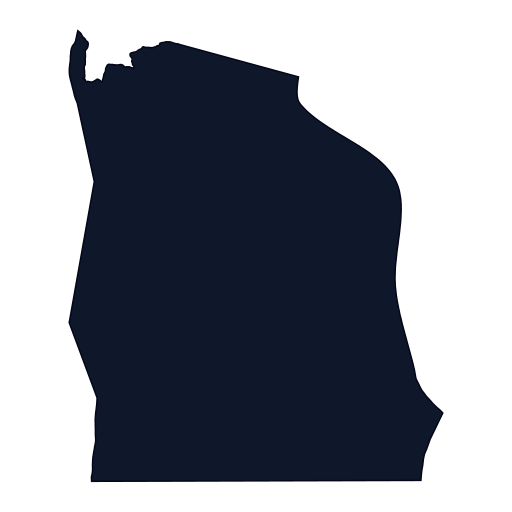 outline of Famatina, La Rioja, Argentina
{"feature_id": "61730980B89547050111737", "entity_name": "Famatina", "entity_type": "district", "adm_level": 2, "iso_a3": "ARG", "parent_name": "Argentina", "parent_adm1": "La Rioja", "projection": "robinson", "projection_center": [-67.626, -28.654], "detail": "fine", "context": "isolated", "style": "filled", "palette": "ink", "viewbox_px": 512, "rotation_deg": 0, "n_neighbors": 0, "source": "geoboundaries", "source_scale": "gbopen_adm2", "svg_char_len": 5211}
<svg xmlns="http://www.w3.org/2000/svg" viewBox="0 0 512 512"><path d="M77.8,30.7L77.4,32.5L76.2,38.1L75.4,41.6L74.1,43.9L72.5,45.9L71.5,48.4L70.9,50.9L70.7,53.6L70.4,56.3L70.4,58.9L70.2,61.6L69.8,64.2L69.5,66.9L69.3,69.5L69.3,72.2L69.5,74.9L70.0,77.5L70.6,80.1L71.3,82.7L72.0,85.2L72.0,85.5L72.6,87.8L73.3,90.4L73.9,93.0L74.5,95.6L75.3,98.1L76.3,100.6L77.3,103.1L80.2,116.5L83.3,131.0L85.2,139.6L94.3,181.6L69.2,322.7L70.9,327.2L94.2,390.0L97.1,397.9L96.9,401.9L96.7,404.6L96.4,407.2L96.1,409.9L95.7,412.5L95.5,415.2L95.3,417.9L95.2,420.5L95.3,423.2L95.3,425.9L95.4,428.5L95.4,431.2L95.4,433.9L95.5,436.5L95.7,439.2L95.6,441.8L95.1,444.5L94.6,447.1L94.2,449.7L93.7,452.4L93.3,455.0L92.9,457.6L92.7,460.3L92.6,463.0L92.5,465.6L92.6,468.3L92.5,471.0L92.2,473.6L91.4,477.1L91.6,481.3L420.9,480.4L421.1,477.7L421.3,475.1L421.6,472.4L421.9,469.8L422.4,467.1L422.8,464.5L423.1,461.9L423.4,459.2L423.9,456.6L424.5,454.0L425.5,451.6L426.6,449.1L427.5,446.6L428.4,444.1L429.3,441.6L430.2,439.1L442.8,413.0L439.9,410.0L436.5,407.1L432.8,403.5L430.8,401.1L428.6,398.7L426.4,396.4L424.6,393.9L422.0,390.6L420.1,387.1L418.5,383.7L417.2,381.2L415.9,378.4L414.4,369.8L413.3,365.3L412.7,362.7L412.0,360.1L411.3,357.5L410.6,354.9L409.9,352.3L409.2,349.7L408.5,347.2L407.8,344.6L407.1,342.0L406.4,339.4L405.7,336.8L405.0,334.3L404.3,331.7L403.6,329.1L402.8,326.1L402.2,323.9L401.6,321.3L401.0,318.7L400.3,316.1L399.7,313.6L399.2,310.9L398.6,308.3L398.1,305.7L397.6,303.1L397.1,300.5L396.7,297.9L396.3,295.3L396.0,292.7L395.7,290.0L395.4,287.4L395.2,284.7L395.1,282.0L395.0,279.3L395.0,276.6L395.1,273.8L395.2,271.1L395.3,268.3L395.5,265.4L395.8,262.6L396.1,259.8L396.4,256.9L396.7,254.1L397.0,251.2L397.4,248.4L397.8,245.5L398.2,242.7L398.5,239.8L398.9,237.0L399.3,234.1L399.6,231.3L399.9,228.5L400.2,225.7L400.5,222.9L400.7,220.2L400.9,217.5L401.0,214.7L401.1,212.1L401.2,209.4L401.1,206.8L401.1,204.2L400.9,201.6L400.7,199.1L400.3,196.6L399.9,194.2L399.5,191.8L398.9,189.4L398.2,187.1L397.4,184.9L396.5,182.7L395.5,180.5L394.4,178.4L393.1,176.4L391.8,174.4L390.4,172.4L388.9,170.5L387.3,168.7L385.7,166.8L384.0,165.1L382.2,163.3L380.3,161.6L378.4,159.9L376.4,158.3L374.3,156.7L372.2,155.1L370.1,153.5L367.9,151.9L365.7,150.4L363.4,148.9L361.1,147.4L358.8,145.9L356.5,144.5L354.1,143.0L351.7,141.6L349.3,140.1L346.9,138.7L344.5,137.2L342.1,135.8L339.7,134.4L337.3,132.9L335.0,131.5L332.6,130.0L332.2,129.7L330.2,128.5L327.9,127.0L325.6,125.5L323.4,124.0L321.1,122.5L318.9,120.9L316.8,119.4L314.7,117.8L313.9,117.1L312.6,116.1L310.7,114.5L308.7,112.8L306.8,111.1L305.0,109.3L303.3,107.5L301.6,105.7L300.1,103.8L298.8,101.8L297.9,99.5L297.4,97.1L297.1,94.6L297.0,91.9L297.1,89.9L297.1,89.1L297.3,86.3L297.6,83.4L298.0,80.4L298.4,77.5L298.5,76.9L179.7,44.5L178.8,44.1L178.3,44.1L177.2,43.6L176.7,43.8L175.7,43.8L175.4,43.6L175.0,43.4L174.2,43.1L173.4,43.1L172.9,42.8L172.0,42.4L170.7,42.1L170.2,42.0L169.8,41.8L169.0,41.8L167.9,41.8L167.2,41.8L165.7,41.8L164.4,42.3L163.4,42.4L162.7,42.5L161.5,42.7L160.9,42.9L159.8,43.4L159.8,44.3L159.5,45.0L159.0,45.4L157.5,45.7L156.9,45.9L155.5,46.9L154.1,47.0L153.5,47.5L152.6,47.6L150.5,47.6L149.3,47.6L148.8,47.3L147.9,47.8L147.1,47.3L145.0,47.4L144.1,46.9L143.4,46.8L142.7,46.9L141.8,48.1L141.4,48.9L140.3,49.1L139.2,49.6L137.9,50.4L137.2,51.1L135.4,52.0L135.0,52.0L134.4,52.1L133.9,52.1L133.4,52.4L132.6,52.5L131.8,52.7L131.3,52.9L130.8,53.1L130.2,53.6L130.0,54.6L130.1,55.7L130.4,56.1L130.5,56.5L130.9,56.9L131.3,57.4L131.8,58.1L132.2,58.5L132.2,59.7L131.7,60.8L131.7,61.2L131.9,62.1L132.2,62.6L132.4,63.3L132.4,64.1L132.6,64.8L133.2,65.4L133.3,65.6L134.0,66.5L134.0,67.1L133.8,67.5L133.4,67.9L133.1,67.9L132.9,68.0L132.5,68.0L132.2,67.8L130.4,67.3L130.1,67.1L129.7,66.9L128.8,66.8L127.2,66.8L126.2,66.7L125.9,66.9L125.2,67.4L124.5,66.9L124.3,66.7L123.8,65.9L123.2,65.4L122.1,64.8L121.1,64.5L120.0,64.6L118.7,64.9L117.9,64.9L116.6,65.0L115.1,64.8L114.3,64.7L113.5,65.0L112.5,64.4L112.4,64.4L111.8,64.6L111.3,64.5L110.7,64.5L110.3,64.4L110.0,64.4L109.5,64.3L108.7,64.3L108.2,64.5L107.0,65.4L107.0,65.6L106.7,66.4L106.6,66.5L106.3,67.0L105.6,68.7L105.6,69.9L105.3,71.4L104.8,72.5L104.6,73.0L103.9,74.2L103.6,76.1L103.4,76.9L103.1,78.3L102.7,79.4L102.5,80.6L101.9,81.9L100.8,81.2L99.7,80.2L99.1,79.8L98.2,79.3L97.6,79.2L97.0,79.3L96.4,79.5L95.6,80.3L94.8,80.7L93.8,81.3L93.2,81.6L92.5,81.9L92.3,81.9L91.7,82.1L91.1,82.0L90.5,81.9L89.7,81.8L88.5,81.5L88.3,81.5L87.9,81.4L87.5,81.4L86.4,81.4L85.8,81.2L85.5,80.9L85.3,80.5L85.2,80.1L85.1,79.6L85.0,79.3L84.8,79.1L84.3,78.9L83.9,78.7L83.2,79.0L82.7,79.0L82.7,78.9L83.0,78.4L83.3,78.3L83.5,78.2L83.8,78.0L84.2,77.9L84.5,77.6L84.7,77.3L84.7,77.1L84.8,75.7L84.7,74.2L84.5,73.5L84.6,71.8L84.5,70.8L84.3,69.3L84.3,69.2L84.2,67.6L84.3,66.6L84.9,65.1L85.2,64.7L85.2,63.6L85.3,62.1L85.3,60.1L85.2,59.4L85.3,57.8L85.5,56.9L85.5,56.7L85.4,55.8L85.5,54.7L85.3,53.7L85.3,53.1L85.3,52.9L85.3,52.0L85.3,51.7L85.3,50.6L85.6,50.3L85.8,50.0L86.2,49.4L86.4,49.2L87.0,48.5L87.2,48.2L87.6,47.6L87.7,46.9L87.9,46.4L87.9,46.2L88.1,45.6L88.1,45.1L88.2,44.1L88.1,42.7L87.3,41.5L86.8,41.3L86.2,40.8L85.6,39.9L85.3,39.5L85.3,39.4L85.0,38.9L84.1,37.9L83.3,37.4L81.9,35.4L81.3,34.0L80.3,32.8L78.7,31.4L77.8,30.7Z" fill="#0f172a" stroke="#020617" stroke-width="1.5"/></svg>